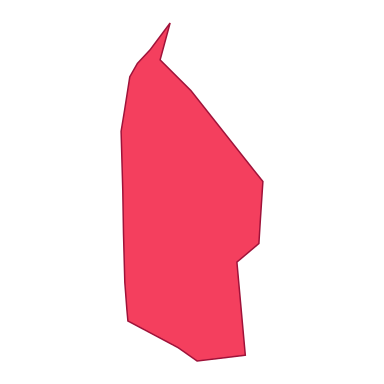 F'Derick, Tiris Zemmour, Mauritania
{"feature_id": "47542326B14226246765401", "entity_name": "F'Derick", "entity_type": "district", "adm_level": 2, "iso_a3": "MRT", "parent_name": "Mauritania", "parent_adm1": "Tiris Zemmour", "projection": "albers", "projection_center": [-12.824, 22.739], "detail": "fine", "context": "isolated", "style": "filled", "palette": "rose", "viewbox_px": 384, "rotation_deg": 0, "n_neighbors": 0, "source": "geoboundaries", "source_scale": "gbopen_adm2", "svg_char_len": 390}
<svg xmlns="http://www.w3.org/2000/svg" viewBox="0 0 384 384"><path d="M127.9,321.0L178.0,347.6L197.1,361.0L245.3,355.2L236.9,262.1L258.9,243.5L260.4,219.3L262.9,181.5L253.6,169.9L191.0,90.7L160.1,59.9L170.1,23.0L150.1,49.8L137.4,63.4L129.8,76.8L124.5,110.7L121.1,131.3L122.8,191.3L123.5,233.7L124.8,282.2L126.8,308.7L127.9,321.0Z" fill="#f43f5e" stroke="#9f1239" stroke-width="1.5"/></svg>